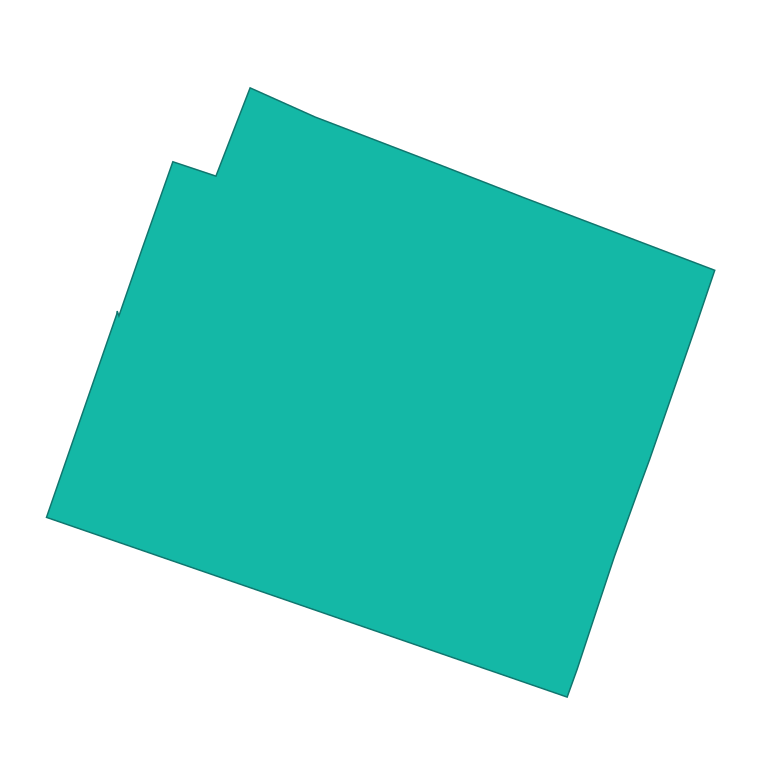 the district of Allegany, New York, United States of America, rotated 289°
{"feature_id": "52423323B99116494629117", "entity_name": "Allegany", "entity_type": "district", "adm_level": 2, "iso_a3": "USA", "parent_name": "United States of America", "parent_adm1": "New York", "projection": "equal_earth", "projection_center": [-77.96, 42.26], "detail": "fine", "context": "isolated", "style": "filled", "palette": "teal", "viewbox_px": 768, "rotation_deg": 289, "n_neighbors": 0, "source": "geoboundaries", "source_scale": "gbopen_adm2", "svg_char_len": 435}
<svg xmlns="http://www.w3.org/2000/svg" viewBox="0 0 768 768"><g transform="rotate(289 384 384)"><path d="M599.2,659.7L605.7,455.3L609.5,361.0L614.0,231.9L620.4,161.0L525.8,157.4L525.4,112.0L433.3,111.3L362.0,111.2L366.1,108.0L363.1,108.6L148.0,108.3L147.6,659.1L177.5,659.5L229.7,658.8L296.0,658.0L371.7,659.1L371.8,659.1L398.9,659.7L532.8,660.0L540.2,660.0L599.2,659.7Z" fill="#14b8a6" stroke="#0f766e" stroke-width="1.5"/></g></svg>